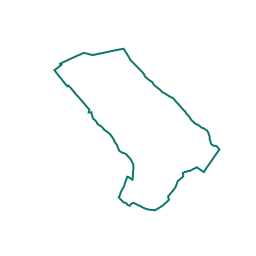 the district of Sanislau, Satu Mare, Romania, rotated 206°
{"feature_id": "2599482B43386440731502", "entity_name": "Sanislau", "entity_type": "district", "adm_level": 2, "iso_a3": "ROU", "parent_name": "Romania", "parent_adm1": "Satu Mare", "projection": "mercator", "projection_center": [22.273, 47.65], "detail": "fine", "context": "isolated", "style": "outline", "palette": "teal", "viewbox_px": 256, "rotation_deg": 206, "n_neighbors": 0, "source": "geoboundaries", "source_scale": "gbopen_adm2", "svg_char_len": 5570}
<svg xmlns="http://www.w3.org/2000/svg" viewBox="0 0 256 256"><g transform="rotate(206 128 128)"><path d="M217.3,155.9L217.2,155.8L215.6,155.5L218.3,149.9L219.5,147.7L218.4,147.2L216.4,146.2L212.5,144.3L211.1,143.6L209.8,143.1L208.1,142.3L207.0,141.7L206.0,141.2L205.9,141.2L202.9,139.8L200.8,138.9L200.4,140.0L198.9,139.6L196.7,138.7L193.2,137.2L193.3,137.2L192.4,136.7L192.1,136.7L190.2,135.8L187.8,134.8L186.5,134.3L179.5,131.4L178.2,130.8L176.4,129.9L175.5,129.5L174.2,129.0L171.5,127.9L171.2,127.8L170.8,127.7L170.6,126.8L170.1,124.7L168.9,125.5L168.7,125.6L168.4,125.8L167.8,126.1L166.7,124.5L166.4,124.2L165.3,123.0L164.6,122.3L164.1,121.6L163.9,121.5L163.7,121.3L163.5,121.2L163.2,121.1L162.5,120.9L161.3,120.6L160.8,120.4L160.1,120.2L159.2,119.7L158.8,119.5L158.5,119.4L158.3,119.2L158.1,119.0L157.9,118.7L157.7,118.5L157.5,118.4L157.2,118.3L156.9,118.2L156.6,118.2L155.8,118.0L155.3,117.9L154.5,117.9L153.6,117.8L152.9,117.7L152.1,117.5L151.1,117.2L150.3,116.8L149.3,116.3L148.5,116.0L147.2,115.7L146.4,115.6L145.0,115.3L143.3,115.1L142.2,114.8L141.7,114.7L140.8,114.3L140.3,114.1L139.2,113.4L136.1,111.6L135.4,111.1L135.0,110.7L133.9,109.7L132.8,109.1L131.4,108.4L130.3,107.7L130.0,107.4L129.6,107.1L129.2,106.7L128.0,105.6L127.8,105.4L127.3,104.9L126.8,104.4L126.5,104.2L126.3,104.0L125.7,103.8L125.2,103.6L124.9,103.5L123.7,103.4L122.4,103.3L121.7,103.3L120.4,103.6L119.4,103.7L119.0,103.7L117.9,103.6L117.6,103.5L117.4,103.4L117.1,103.3L116.5,102.7L116.3,102.7L115.2,102.4L114.7,102.3L114.0,102.1L113.7,101.9L112.5,101.3L112.1,101.1L111.7,100.8L110.3,99.8L109.2,99.0L108.1,98.2L107.7,97.9L107.1,97.1L105.9,95.2L105.7,94.9L105.5,94.3L105.3,93.7L104.6,91.5L103.4,88.7L102.7,87.3L102.0,85.7L101.4,84.2L101.4,83.4L103.5,83.8L104.9,84.0L106.1,84.1L107.1,83.8L107.0,83.7L107.0,82.9L107.0,82.5L107.0,82.1L107.0,81.5L107.0,80.6L106.8,79.4L106.8,79.2L106.7,78.3L106.6,77.9L106.5,76.5L106.3,75.5L106.2,75.1L106.0,74.6L106.1,73.5L106.2,70.8L106.3,68.4L106.3,67.4L106.3,67.0L106.3,66.5L106.2,66.2L105.9,65.3L105.9,64.6L105.9,64.2L105.9,63.6L105.9,63.2L105.9,62.3L105.9,61.7L104.9,61.2L101.8,60.1L100.5,59.6L99.9,59.4L99.5,59.3L99.2,59.3L98.6,59.4L97.3,59.6L96.8,59.6L95.4,59.2L94.9,58.7L93.7,58.7L92.4,58.8L92.3,59.7L92.0,60.9L91.5,61.8L90.2,63.2L89.6,63.2L87.2,63.1L86.8,63.1L84.8,63.0L84.0,63.2L83.0,63.2L81.5,63.1L80.5,63.1L78.1,63.0L77.5,63.1L76.6,63.2L75.3,63.5L74.1,63.6L72.6,64.2L71.9,64.3L69.8,65.1L69.0,65.4L67.7,65.8L66.0,68.4L65.3,69.5L63.9,71.7L63.1,72.9L62.8,73.5L61.4,76.9L60.6,78.8L59.7,81.4L60.9,82.8L62.0,84.1L61.7,85.1L61.1,87.6L60.1,91.7L59.7,93.7L59.3,95.3L59.5,97.2L59.7,99.1L60.0,101.6L60.0,102.0L59.8,102.5L58.9,104.4L58.8,104.9L58.1,106.3L57.2,108.3L57.1,108.8L57.9,110.1L58.3,110.5L59.0,111.1L58.4,112.3L57.8,113.5L56.3,114.2L55.2,115.8L53.5,116.6L52.0,118.8L51.2,119.9L50.3,120.9L49.3,122.3L48.7,123.0L47.7,122.6L45.7,122.4L43.6,122.0L41.6,121.8L40.6,121.6L40.3,123.4L40.1,125.3L39.7,127.9L39.6,128.5L39.3,130.2L39.2,130.8L38.9,132.9L38.5,135.7L38.3,137.0L37.9,139.4L37.7,141.2L37.2,144.2L37.1,145.1L36.6,147.9L36.5,148.7L36.8,148.7L37.7,149.2L38.9,149.9L39.2,150.1L39.9,150.4L40.2,150.4L41.0,150.4L41.3,150.4L41.5,150.4L42.1,150.0L42.5,149.8L42.8,149.7L43.2,149.7L44.5,149.7L45.2,149.7L45.5,149.8L46.2,150.2L46.6,150.4L47.0,150.8L47.3,151.1L47.5,151.4L47.6,151.8L48.3,152.5L48.5,152.7L48.7,152.8L48.9,152.9L49.1,153.0L49.4,153.4L49.6,153.7L49.9,154.1L50.0,154.3L50.1,154.5L50.3,155.1L50.4,155.5L50.5,155.6L50.7,155.8L51.0,156.2L51.5,156.6L51.8,156.8L52.0,157.0L52.6,157.7L52.7,157.8L52.8,158.0L53.5,158.7L54.0,159.2L55.1,159.8L55.7,160.3L56.1,160.4L56.5,160.5L57.0,160.5L58.7,160.7L60.1,160.9L61.0,160.7L61.8,160.5L62.0,160.5L62.3,160.6L62.9,160.8L63.2,160.8L63.5,160.9L64.0,161.0L64.3,161.2L64.5,161.2L64.9,161.3L65.2,161.3L66.1,161.4L66.4,161.4L66.9,161.5L67.2,161.5L67.4,161.4L68.0,161.4L68.4,161.4L68.8,161.4L69.4,161.5L70.4,161.6L70.6,161.6L70.8,161.7L71.2,161.9L71.8,162.1L72.2,162.3L72.6,162.5L73.0,162.5L73.4,162.6L73.8,162.7L74.1,162.7L74.3,162.8L74.9,163.2L76.2,163.9L77.3,164.6L77.5,164.7L78.0,165.0L78.5,165.2L78.8,165.4L79.4,165.7L79.6,165.8L80.3,166.1L80.6,166.2L80.8,166.3L81.1,166.3L81.6,166.4L81.9,166.4L82.4,166.9L83.9,168.0L84.1,168.0L84.4,168.1L84.8,168.2L85.2,168.3L85.6,168.3L85.8,168.4L87.2,169.0L87.9,169.3L88.2,169.5L88.4,169.6L88.6,169.6L89.1,169.8L89.6,170.1L89.9,170.2L90.6,170.6L90.9,170.7L91.2,170.8L92.2,171.1L92.5,171.2L93.4,171.6L94.3,172.0L95.4,172.3L96.2,172.7L96.3,172.7L96.8,172.9L97.1,173.0L97.4,173.2L98.2,173.6L99.4,174.1L100.5,174.6L100.8,174.6L101.9,174.6L102.4,174.6L103.3,174.6L104.9,174.6L106.1,174.8L107.0,174.9L108.3,175.0L109.1,175.1L109.8,175.2L110.5,175.2L111.0,175.3L112.1,175.2L112.6,175.2L113.4,175.4L114.0,175.7L114.4,175.9L115.1,176.1L115.6,176.3L116.2,176.5L116.7,176.6L118.5,177.0L119.0,177.0L120.0,177.2L120.5,177.3L123.1,178.0L123.4,178.1L124.1,178.5L124.7,178.8L125.6,179.5L126.3,179.9L126.9,180.0L128.2,180.1L130.1,180.4L132.8,181.0L133.5,181.3L135.0,181.6L135.3,181.8L135.6,182.0L135.9,182.2L136.6,182.9L136.8,183.1L137.5,183.5L139.0,184.3L139.8,184.6L141.0,184.9L142.0,185.4L143.6,185.9L144.3,186.2L145.4,186.5L146.3,186.9L150.3,188.3L151.9,188.9L153.6,189.4L154.0,189.6L154.5,189.7L154.9,189.9L155.4,190.1L156.9,191.1L157.5,191.5L158.2,191.9L158.6,192.3L160.0,193.2L160.8,193.7L161.6,194.2L163.5,195.3L166.7,197.3L170.6,194.4L172.2,193.2L176.8,189.7L182.7,185.0L186.1,182.5L190.2,179.2L191.1,178.5L192.2,177.9L199.4,176.5L200.3,176.2L200.8,176.0L202.1,174.4L205.9,170.0L207.9,167.5L211.5,163.2L214.0,160.0L217.3,155.9Z" fill="none" stroke="#0f766e" stroke-width="2"/></g></svg>